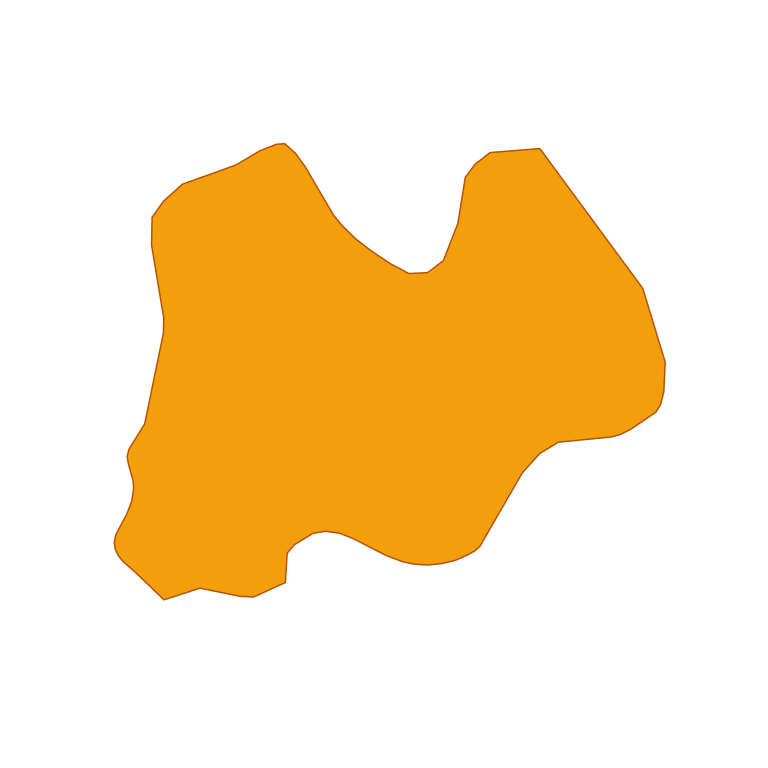 map outline of Erevan (Albers equal-area conic projection), rotated 287°
{"feature_id": "ARM-1675", "entity_name": "Erevan", "entity_type": "City", "adm_level": 1, "iso_a3": "ARM", "parent_name": "Armenia", "parent_adm1": "", "projection": "albers", "projection_center": [44.52, 40.142], "detail": "fine", "context": "isolated", "style": "filled", "palette": "amber", "viewbox_px": 768, "rotation_deg": 287, "n_neighbors": 0, "source": "natural_earth", "source_scale": "10m", "svg_char_len": 1035}
<svg xmlns="http://www.w3.org/2000/svg" viewBox="0 0 768 768"><g transform="rotate(287 384 384)"><path d="M475.6,113.5L494.2,119.6L516.2,132.9L550.2,178.4L570.5,196.9L581.8,211.0L584.8,218.8L578.6,232.1L568.7,245.1L530.6,286.5L523.3,297.5L514.8,313.8L507.5,333.0L501.0,354.7L496.9,375.4L503.2,393.1L519.3,404.7L559.2,407.7L605.5,401.3L620.9,406.9L636.3,417.7L654.7,464.2L551.1,603.5L487.2,646.5L458.3,653.9L445.1,654.5L436.6,652.3L412.7,633.0L405.3,625.3L400.2,617.7L379.3,567.7L363.2,553.4L339.7,542.3L256.8,523.2L250.9,519.6L245.1,513.9L236.3,503.9L229.0,491.5L223.5,478.2L220.5,465.1L219.5,454.3L220.6,436.5L227.2,399.2L228.3,385.3L226.1,371.1L220.6,360.0L204.1,345.3L193.9,340.9L165.3,347.7L142.2,321.6L138.9,308.7L134.9,267.6L113.3,236.7L131.3,201.1L137.5,187.2L139.7,183.7L143.0,179.1L147.8,175.1L153.4,172.4L161.5,171.6L185.2,176.2L198.4,177.0L210.8,175.1L218.2,172.3L233.2,162.7L239.8,159.5L247.1,159.2L276.0,166.8L367.9,158.2L382.5,154.2L448.9,121.1L475.6,113.5Z" fill="#f59e0b" stroke="#b45309" stroke-width="1.5"/></g></svg>